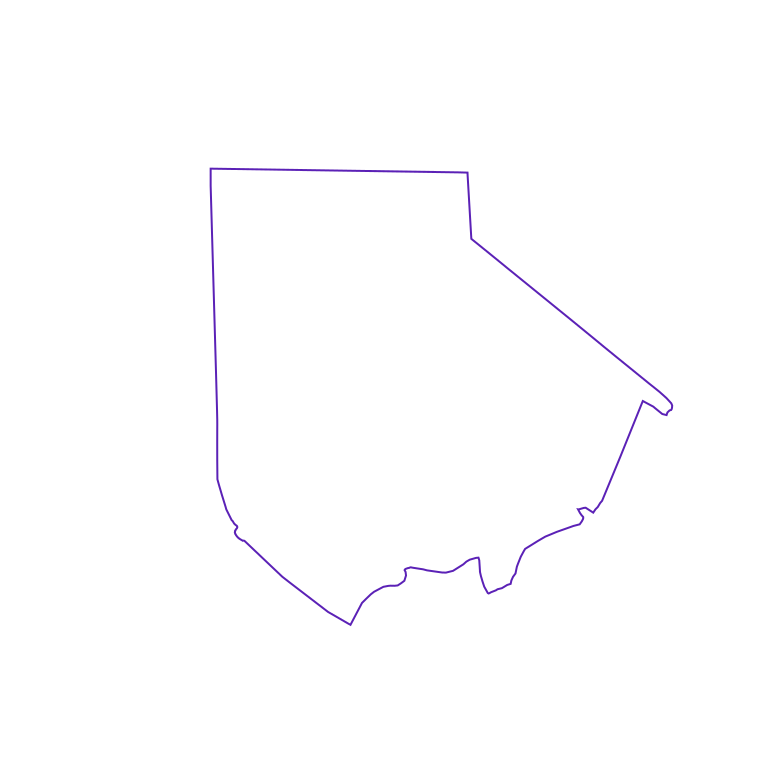 Tadmor, Homs (Hims), Syria (Natural Earth projection), rotated 211°
{"feature_id": "27442178B76261641700856", "entity_name": "Tadmor", "entity_type": "district", "adm_level": 2, "iso_a3": "SYR", "parent_name": "Syria", "parent_adm1": "Homs (Hims)", "projection": "natural_earth1", "projection_center": [39.01, 34.465], "detail": "fine", "context": "isolated", "style": "outline", "palette": "violet", "viewbox_px": 768, "rotation_deg": 211, "n_neighbors": 0, "source": "geoboundaries", "source_scale": "gbopen_adm2", "svg_char_len": 3082}
<svg xmlns="http://www.w3.org/2000/svg" viewBox="0 0 768 768"><g transform="rotate(211 384 384)"><path d="M421.3,608.2L429.1,603.8L643.5,479.3L634.6,464.5L533.0,305.9L513.4,275.2L508.6,267.6L506.1,263.5L502.6,257.6L500.8,254.6L497.1,248.4L487.7,232.8L477.7,216.5L473.6,212.6L472.2,211.3L468.6,208.0L465.9,205.5L456.5,197.1L454.6,195.3L444.4,188.8L443.2,188.6L440.6,187.2L440.4,187.2L440.2,187.1L439.8,187.0L439.7,187.0L439.5,186.9L439.4,186.9L439.2,186.9L438.9,186.8L438.6,186.8L438.3,186.7L438.2,186.7L437.8,186.7L437.7,186.7L437.4,186.7L437.2,186.6L436.9,186.5L436.8,186.4L436.7,186.4L436.5,186.2L436.4,186.2L436.2,185.9L436.1,185.7L435.9,185.5L435.9,185.4L435.9,185.2L435.8,184.9L435.8,184.7L435.8,184.4L435.8,184.2L435.9,183.9L436.0,183.7L436.0,183.4L436.0,183.2L436.1,182.9L436.1,182.7L436.0,182.4L436.0,182.2L436.0,181.9L436.0,181.7L435.9,181.7L435.9,181.4L435.9,181.2L435.8,180.9L435.7,180.8L435.7,180.7L435.6,180.4L435.5,180.2L435.4,180.2L435.3,179.9L435.2,179.8L435.2,179.7L434.8,179.4L434.7,179.3L434.5,179.2L434.4,179.1L434.2,179.0L434.2,178.9L433.9,178.8L433.8,178.7L433.6,178.6L433.3,178.4L433.0,178.3L432.9,178.2L432.7,178.2L432.4,178.0L432.2,177.9L431.9,177.8L431.8,177.7L431.7,177.7L431.4,177.6L431.2,177.5L430.8,177.4L430.7,177.4L430.4,177.3L430.3,177.2L430.2,177.2L429.9,177.2L429.7,177.1L429.4,177.1L429.1,177.0L428.9,177.0L428.7,177.0L428.4,177.0L428.3,176.9L428.2,176.9L427.9,176.9L427.6,176.9L427.4,176.9L427.2,176.9L426.7,176.9L426.4,176.9L426.2,176.9L425.9,176.9L425.5,176.9L425.4,176.9L425.2,176.9L424.8,176.9L424.7,176.9L424.7,177.0L422.9,177.7L371.9,166.4L362.9,165.3L314.5,159.8L291.8,160.2L288.7,160.3L290.1,185.0L288.7,190.6L287.0,196.9L285.5,200.8L280.4,209.3L280.0,209.9L276.3,213.2L274.5,214.5L271.0,216.5L268.5,218.4L266.8,221.9L265.2,225.8L266.5,231.2L268.7,234.0L270.5,235.1L270.4,236.4L268.9,238.3L267.8,239.3L267.6,239.5L267.3,240.0L266.6,240.7L265.9,240.9L264.3,241.5L255.0,245.3L251.2,246.4L237.2,252.3L233.8,254.2L228.6,259.4L223.1,270.3L221.9,274.2L220.0,277.6L215.5,282.4L213.6,283.8L212.9,283.2L211.5,281.9L205.2,272.8L205.2,272.7L204.9,272.4L204.8,272.2L202.1,269.4L201.7,269.0L200.7,268.1L197.9,265.5L193.7,261.9L187.4,258.3L186.5,258.3L185.9,259.0L185.1,260.5L181.8,264.8L181.0,266.5L177.8,269.7L177.1,271.0L174.9,275.2L172.5,277.9L173.0,279.4L173.6,281.1L174.1,285.2L173.7,289.3L176.0,295.8L176.6,299.0L177.8,306.4L178.1,312.9L178.1,315.4L175.1,321.2L172.3,326.7L171.1,329.0L168.7,333.4L167.1,336.3L163.6,341.0L159.7,346.3L151.2,356.6L148.5,359.9L144.0,364.5L143.7,368.2L143.8,369.3L143.8,370.4L144.2,371.8L144.8,372.6L147.1,373.3L149.6,374.4L153.1,376.5L152.6,376.7L148.9,380.7L147.4,381.8L138.4,381.5L138.2,385.5L137.4,388.7L137.4,393.3L136.9,396.2L143.9,442.9L153.4,502.7L147.4,503.0L141.4,503.3L139.8,503.0L130.0,501.6L125.8,502.9L126.4,505.6L125.6,508.5L124.5,509.6L124.5,510.7L124.9,512.0L125.9,514.0L127.8,515.4L134.6,517.4L144.0,519.2L156.7,520.9L199.0,526.9L214.3,529.1L225.6,530.8L254.3,535.0L272.6,537.6L337.5,546.8L357.5,549.7L383.9,553.4L419.1,604.9L421.3,608.2Z" fill="none" stroke="#5b21b6" stroke-width="2"/></g></svg>